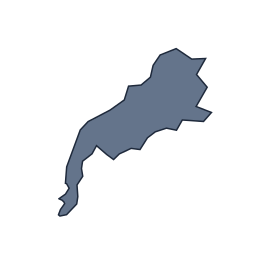 outline of Gourri, Nicosia, Cyprus, rotated 65°
{"feature_id": "46923920B8760055260995", "entity_name": "Gourri", "entity_type": "district", "adm_level": 2, "iso_a3": "CYP", "parent_name": "Cyprus", "parent_adm1": "Nicosia", "projection": "mercator", "projection_center": [33.166, 34.951], "detail": "fine", "context": "isolated", "style": "filled", "palette": "slate", "viewbox_px": 256, "rotation_deg": 65, "n_neighbors": 0, "source": "geoboundaries", "source_scale": "gbopen_adm2", "svg_char_len": 804}
<svg xmlns="http://www.w3.org/2000/svg" viewBox="0 0 256 256"><g transform="rotate(65 128 128)"><path d="M179.0,226.9L180.6,220.3L175.2,206.6L169.0,202.5L158.1,198.3L152.6,189.4L145.1,187.3L138.9,183.2L136.2,171.5L130.7,164.0L143.0,158.5L150.5,154.4L147.8,146.8L147.8,133.8L152.6,126.2L145.1,114.5L143.0,104.9L144.4,93.2L150.5,85.0L143.7,75.4L147.1,69.2L154.0,56.8L149.2,45.8L137.3,57.2L124.5,39.0L108.5,43.3L97.8,28.3L92.5,41.1L76.4,50.8L75.4,68.0L81.8,78.7L82.9,79.6L91.4,86.2L94.6,98.0L90.3,109.8L101.0,119.5L104.2,136.7L105.3,161.4L109.6,172.1L124.5,187.1L137.3,200.0L151.7,208.1L152.5,207.2L157.7,206.8L161.5,212.6L162.9,220.5L163.0,220.5L165.5,218.3L168.1,217.3L169.8,217.4L173.3,223.6L176.1,226.5L177.3,227.7L179.0,226.9L179.0,226.9Z" fill="#64748b" stroke="#1e293b" stroke-width="1.5"/></g></svg>